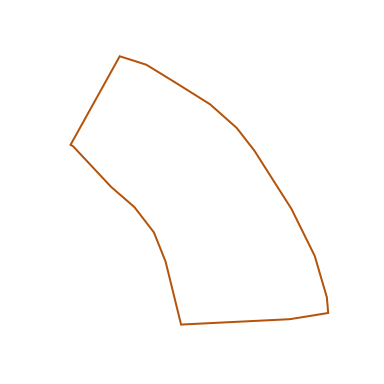 outline of 42, Ad Dawhah, Qatar, rotated 257°
{"feature_id": "91078587B68220687266900", "entity_name": "42", "entity_type": "district", "adm_level": 2, "iso_a3": "QAT", "parent_name": "Qatar", "parent_adm1": "Ad Dawhah", "projection": "equal_earth", "projection_center": [51.545, 25.262], "detail": "fine", "context": "isolated", "style": "outline", "palette": "amber", "viewbox_px": 384, "rotation_deg": 257, "n_neighbors": 0, "source": "geoboundaries", "source_scale": "gbopen_adm2", "svg_char_len": 398}
<svg xmlns="http://www.w3.org/2000/svg" viewBox="0 0 384 384"><g transform="rotate(257 192 192)"><path d="M68.1,151.5L65.3,151.5L46.1,258.5L43.5,297.5L59.1,299.7L102.1,297.2L153.2,285.1L218.2,262.1L244.3,250.0L273.3,229.4L301.3,201.5L326.3,176.1L340.5,152.1L265.3,84.3L263.3,86.4L215.2,114.3L190.2,132.5L161.2,145.8L130.2,150.6L68.1,151.5Z" fill="none" stroke="#b45309" stroke-width="2"/></g></svg>